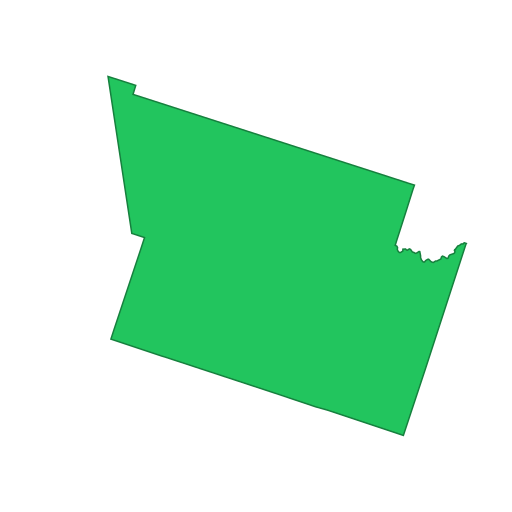 outline of Doña Ana, New Mexico, United States of America, rotated 288°
{"feature_id": "52423323B79640001030180", "entity_name": "Doña Ana", "entity_type": "district", "adm_level": 2, "iso_a3": "USA", "parent_name": "United States of America", "parent_adm1": "New Mexico", "projection": "albers", "projection_center": [-106.656, 32.418], "detail": "fine", "context": "isolated", "style": "filled", "palette": "green", "viewbox_px": 512, "rotation_deg": 288, "n_neighbors": 0, "source": "geoboundaries", "source_scale": "gbopen_adm2", "svg_char_len": 1367}
<svg xmlns="http://www.w3.org/2000/svg" viewBox="0 0 512 512"><g transform="rotate(288 256 256)"><path d="M381.0,59.8L239.1,130.9L239.1,144.3L226.1,144.3L142.5,143.7L132.1,143.7L131.7,197.6L131.8,200.6L131.4,316.7L131.0,359.3L131.5,371.4L130.9,451.6L200.3,452.0L208.8,452.0L209.4,452.0L210.6,452.0L274.5,452.0L331.9,452.0L332.9,452.2L332.9,451.7L332.9,451.1L333.0,450.4L333.0,450.2L332.9,450.0L332.3,449.5L331.7,449.5L331.1,448.2L331.0,447.9L330.9,447.5L329.2,446.4L328.5,445.7L328.4,445.5L328.0,445.0L327.9,444.8L324.9,443.8L323.7,443.6L323.6,443.1L322.7,442.9L321.6,443.9L320.0,443.8L318.9,442.7L318.7,442.3L317.1,440.2L316.9,440.0L315.6,439.4L313.3,439.3L312.6,438.4L313.5,434.8L313.5,433.3L312.6,432.9L312.5,432.7L310.2,432.7L308.3,430.7L307.2,429.7L306.7,428.3L304.6,426.6L304.6,425.0L304.8,424.0L306.3,421.2L305.9,420.3L304.0,418.7L302.7,418.3L302.1,417.7L302.1,416.6L303.3,414.7L305.2,413.1L307.2,412.4L310.8,410.4L310.7,409.7L308.4,407.8L307.7,406.6L308.2,405.0L308.1,403.5L310.0,401.0L310.2,399.8L309.3,398.8L308.4,398.4L308.2,397.3L308.9,396.1L307.9,393.6L306.1,394.1L304.0,392.4L303.6,391.3L304.4,389.7L305.8,388.4L307.8,388.0L308.9,386.9L309.1,385.1L314.8,385.0L318.5,385.0L323.3,385.0L345.1,384.9L367.9,384.7L372.4,384.8L372.3,378.0L372.3,359.9L372.0,225.5L371.7,89.1L381.1,88.9L381.0,59.8Z" fill="#22c55e" stroke="#15803d" stroke-width="1.5"/></g></svg>